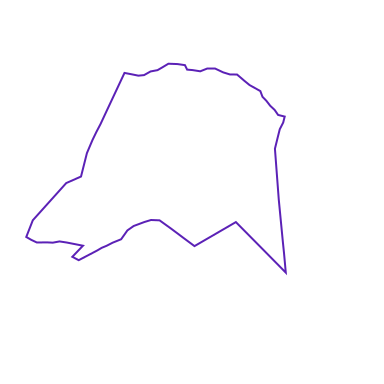 Acarape, Ceará, Brazil (Robinson projection), rotated 31°
{"feature_id": "56859067B60781909044544", "entity_name": "Acarape", "entity_type": "district", "adm_level": 2, "iso_a3": "BRA", "parent_name": "Brazil", "parent_adm1": "Ceará", "projection": "robinson", "projection_center": [-38.665, -4.224], "detail": "fine", "context": "isolated", "style": "outline", "palette": "violet", "viewbox_px": 384, "rotation_deg": 31, "n_neighbors": 0, "source": "geoboundaries", "source_scale": "gbopen_adm2", "svg_char_len": 986}
<svg xmlns="http://www.w3.org/2000/svg" viewBox="0 0 384 384"><g transform="rotate(31 192 192)"><path d="M232.6,79.6L226.1,81.6L220.6,79.1L214.6,77.8L208.7,75.5L203.4,74.1L198.6,70.3L192.0,70.5L186.3,70.7L179.5,69.7L170.1,68.1L164.0,71.7L157.1,73.4L148.1,74.3L141.4,78.4L136.9,84.3L129.7,87.2L124.8,89.6L120.6,86.9L113.7,89.8L105.7,94.2L102.3,100.6L99.7,105.3L94.4,110.0L90.7,116.5L86.1,119.9L79.9,122.1L72.8,124.7L77.1,166.6L78.6,180.9L79.1,189.6L79.9,198.5L81.9,212.8L88.9,235.9L79.6,249.1L70.1,298.2L73.1,315.9L78.9,315.8L85.0,315.2L93.6,309.9L98.8,307.1L103.9,302.6L110.7,299.8L126.2,294.2L122.8,309.2L130.0,308.8L140.9,290.9L143.4,286.3L146.5,282.1L150.1,276.3L155.6,269.0L156.4,258.2L159.5,251.2L163.5,246.2L166.6,242.3L171.3,237.1L178.8,233.0L193.2,234.2L207.8,235.7L222.0,237.1L245.1,195.2L282.4,204.7L313.9,212.8L306.6,202.8L302.5,197.2L295.3,187.6L270.2,153.7L240.8,112.2L237.4,101.2L234.9,93.0L234.4,85.5L232.6,79.6Z" fill="none" stroke="#5b21b6" stroke-width="2"/></g></svg>